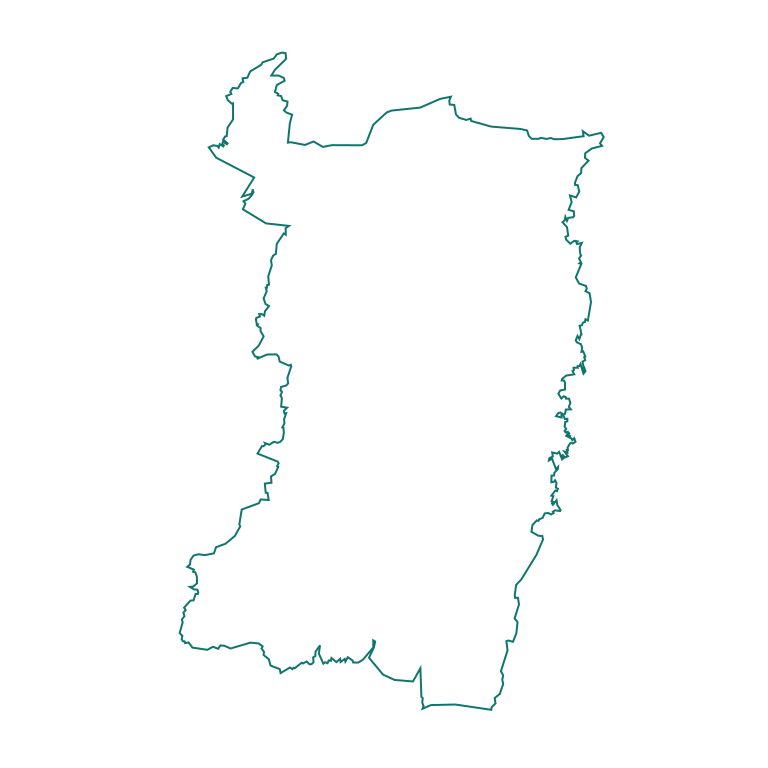 the district of Ramallah & Al Bireh, West Bank, Palestine, rotated 96°
{"feature_id": "87354302B37341560226836", "entity_name": "Ramallah & Al Bireh", "entity_type": "district", "adm_level": 2, "iso_a3": "PSE", "parent_name": "Palestine", "parent_adm1": "West Bank", "projection": "orthographic", "projection_center": [35.194, 31.945], "detail": "fine", "context": "isolated", "style": "outline", "palette": "teal", "viewbox_px": 768, "rotation_deg": 96, "n_neighbors": 0, "source": "geoboundaries", "source_scale": "gbopen_adm2", "svg_char_len": 6142}
<svg xmlns="http://www.w3.org/2000/svg" viewBox="0 0 768 768"><g transform="rotate(96 384 384)"><path d="M696.8,243.3L694.3,243.2L690.0,239.7L684.8,241.1L680.0,236.4L669.9,234.1L665.7,235.5L661.4,235.0L657.4,237.7L636.0,233.3L627.0,235.4L626.1,233.4L626.9,228.8L618.2,226.3L606.8,226.3L603.6,229.6L589.1,226.7L582.6,228.5L583.0,231.2L580.5,231.9L570.0,231.6L564.0,227.0L538.1,214.6L522.0,209.6L518.6,210.7L518.8,214.5L515.6,221.9L508.7,221.6L503.7,217.8L504.0,216.1L502.4,215.6L500.5,212.2L496.0,210.7L495.1,207.4L496.3,204.3L494.6,201.8L493.4,202.7L491.8,200.8L491.9,195.6L490.9,195.2L486.4,198.9L481.5,200.2L486.5,203.4L485.1,204.5L483.6,203.2L483.1,205.0L477.9,203.9L477.6,205.9L472.0,202.4L472.5,200.8L470.0,200.1L469.0,202.3L464.4,202.1L461.9,203.8L463.5,204.8L464.2,207.3L457.6,207.8L457.2,205.2L454.4,205.3L450.5,202.2L448.2,202.2L450.6,204.1L440.7,209.1L442.8,212.0L440.5,211.8L438.4,208.5L434.5,209.6L435.1,204.5L433.2,202.7L440.4,199.0L438.9,197.6L435.5,199.5L438.1,196.3L436.6,193.5L432.4,197.4L433.0,194.5L430.6,195.3L430.6,194.1L428.2,194.8L423.8,192.9L422.8,191.6L423.5,190.0L421.4,187.5L418.0,189.2L420.1,190.8L418.6,191.9L416.6,197.4L414.7,196.5L416.8,192.7L414.7,195.7L413.7,194.7L412.3,196.2L413.1,198.4L411.8,199.5L409.7,198.1L407.4,199.9L402.8,199.8L402.0,197.8L399.4,198.0L399.9,200.4L396.5,202.3L396.6,204.3L398.8,203.9L398.0,209.5L394.7,207.6L393.9,205.5L395.6,202.6L394.6,200.8L390.4,200.5L389.7,195.6L387.4,197.8L383.4,196.7L379.3,198.4L379.5,201.4L378.2,201.6L377.4,204.0L379.9,206.1L375.4,209.6L372.0,208.0L370.5,203.3L363.4,204.3L361.8,205.3L361.9,207.6L360.2,207.3L356.6,203.7L354.5,195.8L351.3,197.9L350.2,196.6L348.0,197.2L347.6,193.0L346.1,193.4L345.7,191.6L343.5,190.7L352.9,186.7L350.3,185.0L348.5,185.8L350.6,186.1L340.9,188.9L339.3,186.4L336.4,187.7L335.8,186.6L330.7,189.3L331.4,191.0L327.4,190.7L323.9,192.2L322.4,196.5L320.6,197.9L316.0,196.6L318.9,194.4L314.1,193.3L314.9,192.5L305.6,195.5L304.8,193.2L302.2,192.7L301.4,190.7L298.5,190.4L299.6,187.9L280.9,186.7L272.3,189.0L270.6,193.3L268.1,192.3L265.4,193.3L263.6,200.6L257.9,204.4L243.9,200.3L243.6,202.2L242.4,200.9L238.7,203.1L235.0,201.0L235.5,201.8L232.4,202.9L227.6,203.6L223.0,202.0L224.7,206.6L223.3,207.5L221.9,206.4L221.7,209.8L225.0,213.4L221.4,217.9L218.7,218.9L217.2,216.3L208.9,218.4L204.4,223.4L202.3,221.4L198.9,221.1L202.6,219.1L199.5,218.2L198.4,213.4L196.9,212.4L192.4,213.3L191.5,218.6L183.5,216.4L177.1,218.8L178.3,212.4L172.3,209.9L166.0,212.1L166.0,214.8L163.9,215.1L157.1,213.3L153.5,210.0L148.7,210.3L140.5,203.9L138.0,207.8L133.5,208.0L128.0,201.9L124.4,192.0L122.1,194.3L115.5,191.3L111.5,194.3L115.6,206.0L111.8,212.7L116.7,211.4L117.2,213.5L121.7,231.7L122.8,240.5L121.9,244.1L123.3,247.9L122.8,253.8L124.0,255.7L124.7,262.9L122.1,265.9L116.9,268.2L116.1,275.0L116.8,304.4L113.3,324.7L111.0,325.6L112.8,329.8L111.4,337.2L108.4,340.6L99.1,343.3L99.2,347.9L95.3,348.7L91.3,347.5L94.6,358.0L105.3,376.8L111.3,405.1L113.7,409.8L127.4,421.8L146.2,426.9L148.9,430.9L151.9,460.7L154.6,469.6L150.2,479.4L154.5,487.5L153.3,502.0L154.0,504.8L134.5,504.9L125.8,503.5L124.3,509.3L122.2,512.2L117.4,509.4L113.2,509.5L112.4,514.5L108.4,516.4L108.0,519.9L106.3,519.6L105.0,523.0L97.9,521.9L92.8,514.5L90.1,515.6L88.3,520.8L89.0,528.3L82.9,525.3L70.8,515.3L65.2,516.5L65.1,520.3L67.4,525.1L72.0,527.8L76.7,538.3L79.3,539.4L87.2,549.8L93.7,551.9L94.8,556.6L98.4,555.5L99.5,557.6L105.3,560.2L105.4,565.5L109.5,567.4L111.5,566.1L114.2,571.0L117.9,569.2L121.1,564.7L120.6,563.5L136.7,561.8L145.3,566.4L154.0,566.3L154.5,568.0L157.8,569.5L161.0,564.8L162.0,565.3L159.8,569.4L162.3,570.0L163.4,568.2L164.5,568.7L162.6,572.4L166.1,573.1L164.8,574.4L164.4,578.7L167.0,583.0L176.5,574.5L192.2,534.7L212.4,544.6L208.6,535.4L204.1,534.9L206.9,533.9L210.2,535.3L213.9,538.0L216.9,542.8L219.2,540.7L225.0,542.6L236.6,518.1L236.7,495.1L239.3,498.1L245.8,497.3L244.8,499.4L255.8,505.3L265.8,505.1L267.9,507.7L272.6,509.3L277.9,508.0L288.9,510.4L297.3,508.8L297.7,510.5L300.6,510.6L300.6,511.6L304.0,510.3L311.5,512.7L316.9,510.1L318.5,506.5L324.0,510.0L328.6,510.2L327.3,512.7L327.5,515.4L329.9,514.5L331.7,517.9L333.2,518.1L337.7,516.8L337.8,515.7L339.1,516.5L341.3,512.5L344.1,512.4L349.2,508.7L359.0,512.6L365.7,518.2L370.0,515.3L370.5,511.4L372.4,513.1L366.9,503.4L365.8,494.1L367.4,491.9L372.6,490.0L375.6,480.5L374.6,478.7L376.1,478.1L388.0,480.7L393.4,479.4L395.8,481.2L397.7,486.1L401.1,486.3L402.5,484.6L406.3,485.8L408.6,484.1L417.3,483.9L417.7,477.9L421.1,480.7L423.7,479.9L423.2,478.2L429.5,479.7L433.6,478.9L437.8,480.5L437.9,479.5L442.9,478.5L449.5,478.9L452.5,481.3L453.6,483.8L453.0,487.5L456.4,491.7L455.2,496.2L456.3,495.4L458.5,497.3L458.5,498.9L466.4,502.5L472.3,481.6L473.9,480.5L476.9,481.7L477.5,480.5L484.9,483.0L487.7,486.7L494.0,485.6L495.5,492.1L504.5,490.3L504.4,488.5L511.4,486.5L511.7,494.6L515.6,495.9L523.7,512.4L538.8,513.2L540.7,512.1L550.8,516.5L559.4,524.9L563.9,534.0L570.2,535.4L572.9,544.2L572.7,550.7L574.5,555.4L579.0,558.0L583.9,558.1L586.4,560.6L588.5,553.7L590.7,554.2L590.9,552.1L595.0,550.0L601.8,549.1L605.3,552.5L606.1,555.8L608.1,551.6L608.1,548.0L611.0,546.9L612.3,547.3L612.6,549.5L619.0,550.7L619.7,553.9L627.3,559.4L629.6,557.6L632.3,559.6L635.8,558.2L639.3,560.4L642.0,559.3L653.1,561.2L655.5,558.2L659.0,558.6L660.9,557.0L660.8,555.3L662.5,554.7L661.4,551.4L666.2,547.0L666.8,531.8L663.2,526.7L664.7,521.3L661.1,519.3L661.0,515.3L663.1,509.0L655.2,489.8L655.1,481.6L657.6,477.3L659.9,478.1L662.8,475.4L666.1,475.4L669.7,469.8L675.9,467.4L678.4,457.9L682.3,456.6L675.8,447.9L677.1,445.2L675.7,444.3L676.0,443.1L669.8,436.7L670.4,435.3L668.0,431.9L670.5,428.8L670.2,426.8L668.0,425.0L663.3,425.9L661.8,423.9L657.3,424.1L650.6,420.3L658.9,420.6L668.5,415.1L666.9,413.5L667.6,411.0L664.7,410.0L664.8,407.9L662.0,407.6L665.5,402.3L661.9,398.9L665.0,398.1L661.6,394.3L664.1,393.4L659.5,391.4L662.3,386.3L664.2,385.5L663.8,380.6L660.2,376.0L647.1,367.1L640.1,367.9L641.0,365.9L647.0,366.5L657.8,370.3L673.1,354.6L677.2,342.6L676.8,324.1L662.9,318.1L691.2,314.1L692.5,312.6L696.8,312.7L700.1,311.0L702.9,311.7L698.4,303.7L695.3,279.5L696.8,243.3Z" fill="none" stroke="#0f766e" stroke-width="2"/></g></svg>